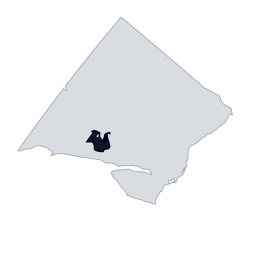 Zemam Out, Al Bahr al Ahmar, Egypt shown in context, rotated 127°
{"feature_id": "37247803B70962807620148", "entity_name": "Zemam Out", "entity_type": "district", "adm_level": 2, "iso_a3": "EGY", "parent_name": "Egypt", "parent_adm1": "Al Bahr al Ahmar", "projection": "orthographic", "projection_center": [32.567, 25.936], "detail": "fine", "context": "in_parent", "style": "filled", "palette": "ink", "viewbox_px": 256, "rotation_deg": 127, "n_neighbors": 0, "source": "geoboundaries", "source_scale": "gbopen_adm2", "svg_char_len": 6501}
<svg xmlns="http://www.w3.org/2000/svg" viewBox="0 0 256 256"><g transform="rotate(127 128 128)"><path d="M212.3,202.3L207.7,202.4L203.0,202.6L198.3,202.7L193.7,202.8L189.0,202.9L184.4,203.0L179.7,203.1L175.1,203.1L170.4,203.2L165.7,203.2L161.1,203.3L156.4,203.3L151.7,203.3L147.1,203.3L142.4,203.3L137.8,203.2L135.1,203.2L135.6,201.9L135.9,200.9L135.5,200.2L134.6,200.1L134.0,200.3L132.6,203.1L131.9,203.2L130.2,203.2L124.8,203.1L119.4,203.0L114.0,202.9L108.5,202.8L103.1,202.7L97.7,202.5L92.3,202.4L86.9,202.2L81.5,202.0L76.1,201.8L70.7,201.6L65.3,201.3L59.9,201.0L54.5,200.8L49.1,200.5L43.7,200.2L43.9,196.7L44.0,193.3L44.2,189.9L44.4,186.5L44.6,183.0L44.7,179.6L44.9,176.2L45.1,172.7L45.3,169.3L45.5,165.9L45.7,162.4L45.9,159.0L46.0,155.5L46.2,152.1L46.4,148.7L46.6,145.2L46.8,141.8L47.0,138.4L47.2,134.9L47.4,131.5L47.6,128.1L47.8,124.6L48.0,121.2L48.2,117.8L48.5,114.3L48.7,110.9L48.9,107.5L49.1,104.0L49.3,100.6L49.5,97.2L49.8,93.7L50.0,90.3L49.9,89.6L49.3,87.3L48.8,84.3L48.4,80.6L48.3,79.4L47.4,75.6L47.4,74.5L47.7,73.8L49.9,70.7L50.6,69.2L51.2,67.4L51.5,66.0L51.1,63.6L50.5,61.5L50.5,59.4L50.5,57.4L51.6,56.0L52.9,54.8L53.4,54.0L54.2,53.1L54.7,52.7L55.6,54.6L57.6,55.0L64.3,53.7L71.5,55.8L75.5,56.6L81.7,58.3L85.4,60.9L86.4,61.3L89.2,61.3L90.9,62.9L98.0,63.8L101.8,65.6L103.9,67.0L105.2,67.4L106.4,67.4L108.0,66.9L110.0,66.1L112.1,64.8L116.6,61.6L118.2,61.1L119.2,61.2L120.5,61.2L121.0,60.3L121.7,59.7L122.1,59.0L122.8,58.2L125.1,58.0L129.7,56.7L129.2,57.3L125.0,58.9L126.8,59.1L128.6,58.6L130.7,58.3L131.1,57.6L131.4,56.3L131.8,56.1L133.3,56.4L137.6,58.4L138.6,58.4L141.7,57.4L142.3,57.2L143.3,57.8L145.6,60.2L144.8,60.2L142.4,58.1L142.2,59.1L140.8,60.9L142.5,61.8L143.9,62.1L144.6,63.1L145.1,64.0L146.5,63.6L147.5,62.4L146.9,61.7L146.6,60.9L147.1,60.9L148.0,61.5L150.7,63.9L151.7,64.4L152.7,64.3L155.0,63.6L155.6,63.7L158.6,62.9L158.9,63.5L159.4,64.1L161.8,63.4L165.6,63.4L168.7,62.6L172.3,60.7L172.5,60.4L172.7,60.8L173.2,62.1L174.3,65.4L175.3,67.9L176.6,71.4L176.9,72.8L177.1,73.7L178.9,77.6L180.0,80.8L180.8,83.3L181.9,87.1L182.4,88.4L181.6,89.1L180.2,91.6L178.7,99.5L176.5,105.7L176.3,109.5L176.0,110.9L174.9,112.9L173.6,114.8L171.2,113.8L167.3,110.5L165.1,107.4L162.6,105.3L160.4,102.6L159.7,100.7L159.7,99.4L158.7,96.3L158.0,94.9L155.3,91.6L154.5,89.9L153.9,89.1L153.3,88.0L152.3,83.8L151.2,81.1L149.9,81.9L150.2,83.0L149.1,84.5L148.4,86.4L148.9,87.8L151.2,90.1L151.6,91.1L152.1,93.2L152.1,96.1L152.4,97.1L154.1,99.3L154.7,100.6L155.1,101.7L155.7,102.7L157.3,104.5L159.8,108.1L162.1,110.5L163.8,111.7L164.5,112.8L164.7,115.9L164.5,117.3L166.0,120.0L166.6,121.4L168.0,122.5L168.7,123.7L169.3,125.8L170.3,131.9L171.5,133.4L175.5,141.4L178.8,146.5L180.4,150.3L182.9,154.9L187.8,165.0L190.7,168.1L191.9,169.8L194.0,171.1L196.2,173.0L194.1,172.9L193.6,173.0L192.8,173.4L192.5,174.6L192.4,175.5L192.7,180.7L193.4,183.3L195.4,188.2L196.8,189.7L197.5,190.6L198.5,191.3L203.0,192.9L205.7,196.4L211.7,200.8L212.3,202.0L212.3,202.3Z" fill="#d9dde1" stroke="#a8b0b8" stroke-width="1"/><path d="M150.9,138.7L151.5,138.8L151.9,138.8L152.3,139.0L152.5,139.0L152.9,139.4L153.0,139.3L153.2,139.2L153.3,139.1L153.5,139.1L153.5,139.3L153.7,139.5L153.8,139.7L153.9,139.8L154.0,139.9L154.0,140.0L154.1,140.3L154.3,140.4L154.4,140.5L154.4,140.8L154.5,140.9L154.6,141.0L154.8,141.1L154.8,141.3L154.9,141.8L155.1,141.9L155.3,142.0L155.3,142.3L155.2,142.3L155.0,142.5L155.0,142.9L155.0,143.0L155.0,143.3L154.8,143.6L154.9,143.9L154.9,144.1L154.8,144.3L154.6,144.4L154.4,144.7L154.4,144.8L154.3,145.0L154.2,145.1L154.0,145.3L153.9,145.5L153.7,145.8L153.6,146.0L153.8,146.1L154.9,146.7L154.8,147.2L154.5,148.4L153.5,149.0L152.5,149.1L150.2,148.9L150.2,149.0L150.3,149.2L150.3,149.4L150.4,149.5L150.5,149.5L150.6,149.9L150.6,150.0L150.8,150.2L150.8,150.3L150.9,150.5L151.1,150.8L151.2,151.1L151.3,151.2L151.2,151.4L151.2,151.6L151.3,151.7L151.3,151.9L151.4,152.1L151.4,152.3L151.4,152.5L151.5,152.6L151.4,152.8L151.5,152.9L151.6,153.0L151.8,153.2L151.9,153.3L152.0,153.5L152.3,153.6L152.7,152.8L163.7,152.6L161.0,149.1L160.5,147.5L161.2,145.9L162.5,144.0L163.9,142.9L165.0,142.2L165.3,140.7L164.7,138.7L163.6,136.5L162.8,135.2L162.3,134.2L161.5,133.8L160.3,134.2L159.2,133.9L158.2,133.1L157.3,132.3L156.2,131.3L155.6,131.2L154.4,131.3L153.6,131.5L147.2,139.8L147.0,139.6L146.4,140.2L146.7,140.4L146.9,140.5L147.1,140.5L147.4,140.6L147.5,140.6L147.7,140.4L147.8,140.3L147.8,140.0L147.9,139.9L148.0,139.7L148.6,139.5L148.8,139.4L149.0,139.4L149.3,139.4L149.4,139.5L149.5,139.5L149.7,139.4L149.8,139.3L149.9,139.1L149.9,138.9L150.0,138.9L150.3,138.8L150.4,139.0L150.5,139.0L150.6,138.9L150.8,138.8L150.9,138.7ZM154.1,139.4L153.8,139.6L153.7,139.2L153.7,138.9L154.1,139.4ZM143.2,139.5L142.8,139.9L143.9,141.0L146.4,142.4L146.8,142.2L147.8,142.2L149.5,141.3L150.9,140.9L152.7,140.4L153.5,140.8L153.5,141.0L153.4,142.2L153.4,142.4L152.8,143.2L152.6,144.4L152.3,145.2L150.7,146.7L149.2,147.4L149.4,149.0L149.6,151.0L149.7,150.9L149.8,150.9L150.0,150.9L150.1,150.7L150.1,150.2L150.1,149.9L150.1,149.7L149.9,149.6L149.7,149.3L149.7,149.2L149.5,148.8L149.4,148.7L149.5,148.6L149.5,148.4L149.5,148.1L149.4,148.1L149.5,148.0L149.5,147.9L149.4,147.8L149.5,147.7L149.5,147.4L149.8,147.2L150.1,147.0L150.3,147.0L150.4,146.9L150.7,146.8L151.0,146.7L151.5,146.4L151.5,146.2L151.8,146.0L152.0,145.9L152.3,145.7L152.6,145.2L152.8,145.1L153.0,145.0L153.1,144.9L153.0,144.7L152.9,144.5L153.0,143.9L153.0,143.6L153.0,143.4L153.2,142.9L153.3,142.7L153.4,142.3L153.4,142.2L153.5,142.2L153.6,141.9L153.6,141.7L153.6,141.4L153.6,141.2L153.5,140.8L153.5,140.5L153.5,140.4L153.3,140.2L153.2,140.1L152.7,139.9L152.4,139.8L152.2,139.8L152.1,139.7L151.7,140.0L151.4,140.1L151.0,140.3L150.7,140.3L150.2,140.4L150.1,140.5L150.0,140.8L149.9,140.9L149.7,140.8L149.3,141.0L149.2,141.1L148.8,141.3L148.7,141.4L148.6,141.5L148.3,141.5L148.2,141.5L147.9,141.7L147.6,141.8L147.4,142.0L147.2,141.9L147.1,142.0L146.9,142.1L146.6,142.0L146.3,142.0L146.2,142.0L145.9,141.9L145.5,141.7L145.4,141.6L145.2,141.6L145.2,141.4L145.0,141.2L144.8,141.2L144.7,140.9L144.4,140.8L144.4,140.7L144.2,140.7L143.9,140.5L143.7,140.3L143.6,140.2L143.4,140.0L143.3,139.8L143.2,139.6L143.2,139.5ZM152.3,154.6L152.4,154.4L152.2,154.3L152.2,154.2L151.9,154.1L151.7,154.1L151.6,153.9L151.4,153.8L151.4,153.6L151.1,153.5L151.0,153.4L150.8,153.3L150.8,153.2L150.7,153.1L150.5,152.9L150.5,152.7L150.4,152.5L150.4,152.4L150.2,152.2L150.5,153.5L152.3,154.6ZM149.9,151.9L150.0,151.8L149.9,151.4L149.7,151.4L149.9,151.9Z" fill="#0f172a" stroke="#020617" stroke-width="1.5"/></g></svg>